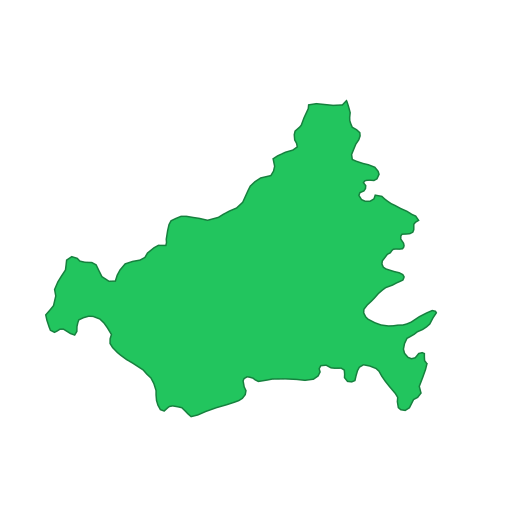 outline of Loyew, Gomel, Belarus, rotated 193°
{"feature_id": "67162791B2494752626310", "entity_name": "Loyew", "entity_type": "district", "adm_level": 2, "iso_a3": "BLR", "parent_name": "Belarus", "parent_adm1": "Gomel", "projection": "natural_earth1", "projection_center": [30.598, 51.937], "detail": "fine", "context": "isolated", "style": "filled", "palette": "green", "viewbox_px": 512, "rotation_deg": 193, "n_neighbors": 0, "source": "geoboundaries", "source_scale": "gbopen_adm2", "svg_char_len": 3851}
<svg xmlns="http://www.w3.org/2000/svg" viewBox="0 0 512 512"><g transform="rotate(193 256 256)"><path d="M283.1,84.9L277.0,88.0L270.0,93.2L260.5,99.3L251.1,104.5L243.8,108.9L240.3,111.2L237.3,114.2L235.3,118.5L235.5,122.5L238.1,125.8L239.5,129.1L240.5,131.4L240.1,133.8L237.5,136.3L235.1,136.5L231.4,136.3L229.1,135.2L225.5,134.3L221.0,136.1L216.9,137.8L212.4,139.8L207.0,141.1L199.7,142.9L188.6,144.9L180.3,145.9L172.3,148.9L168.5,153.1L167.5,157.4L169.1,160.4L168.2,163.7L163.1,165.4L157.7,163.9L153.9,164.4L147.8,165.9L144.3,164.7L143.0,160.6L142.4,157.4L138.6,154.4L134.4,154.9L131.6,156.9L131.6,161.9L131.3,167.2L130.3,170.9L126.8,174.2L120.4,174.4L113.7,173.4L110.2,171.4L106.4,167.2L101.7,162.9L96.3,158.6L89.3,153.4L86.1,150.1L85.5,145.9L83.2,140.3L80.4,138.8L75.9,139.1L72.4,142.6L71.4,146.6L70.2,151.6L66.7,154.6L64.4,159.6L64.5,159.7L67.6,165.7L66.3,174.9L65.3,183.5L65.2,189.5L65.3,189.5L68.2,192.0L69.2,195.4L70.0,198.8L72.3,199.2L75.5,197.6L76.8,194.9L78.0,192.6L81.4,190.9L85.1,191.4L89.4,194.6L91.4,198.4L91.6,204.1L90.4,209.7L87.7,212.1L84.3,215.3L81.8,218.4L77.1,221.9L73.9,225.3L71.4,228.8L69.6,235.7L67.5,241.2L68.7,242.5L72.0,242.5L76.9,238.9L83.2,233.6L86.5,230.1L90.0,226.4L93.8,223.7L97.5,221.7L102.0,220.6L106.7,218.8L111.2,217.6L116.5,217.1L118.7,216.9L125.2,217.7L132.6,219.6L135.4,221.3L138.3,224.8L138.9,228.3L136.6,233.3L133.4,238.0L131.1,241.8L128.3,247.0L125.0,251.5L122.5,254.4L116.4,258.4L113.0,261.4L109.9,263.7L107.5,265.6L107.0,268.2L107.1,269.1L108.8,270.9L112.7,271.9L117.7,271.9L121.6,272.2L126.5,272.6L129.4,273.7L131.5,276.5L131.8,279.7L130.2,283.2L128.4,287.2L125.9,289.3L124.8,292.0L123.7,293.5L121.2,294.3L117.7,295.0L114.9,296.0L114.1,297.8L114.1,299.4L115.1,301.6L118.8,305.1L119.4,308.2L118.6,310.1L114.3,311.3L111.1,312.4L108.6,314.5L108.2,317.1L108.6,319.0L109.4,322.4L108.2,324.8L105.6,327.3L109.4,330.8L113.5,331.6L119.0,333.5L125.7,334.8L131.9,336.5L136.1,337.4L140.2,339.0L143.5,340.5L146.8,342.4L153.5,342.1L153.9,338.2L157.2,335.0L161.9,333.9L165.9,334.7L169.4,338.2L169.0,341.1L165.5,343.7L164.5,346.3L164.9,349.2L167.8,351.6L166.9,353.7L165.3,354.6L162.2,355.5L158.1,356.1L155.5,358.4L154.5,363.3L156.1,366.0L160.2,369.2L167.1,370.2L172.4,370.2L179.8,370.9L183.9,371.7L185.7,376.4L184.8,382.1L183.9,387.5L182.0,392.4L181.6,396.4L182.6,399.5L186.3,401.6L191.2,403.1L193.5,406.3L195.1,409.0L195.9,412.1L196.5,416.8L198.1,419.9L199.8,423.0L202.4,427.3L202.8,427.7L205.8,422.6L214.7,420.1L231.4,418.0L238.7,415.1L238.2,411.4L240.3,401.4L241.3,393.6L242.4,391.5L246.0,386.5L246.0,382.8L244.4,377.8L241.8,374.9L240.3,371.6L243.9,367.5L250.7,363.7L257.5,358.4L261.2,354.6L258.0,347.6L258.0,342.6L259.6,337.7L269.0,333.1L273.7,328.2L277.3,322.8L278.4,318.3L281.0,305.4L285.7,298.4L291.9,293.9L297.2,289.3L301.3,285.2L311.2,279.9L319.6,279.9L325.9,279.4L332.7,279.0L337.9,277.8L342.6,274.5L346.7,271.2L347.8,267.1L347.8,260.9L347.2,252.2L346.2,248.9L346.2,246.0L353.5,244.4L357.2,241.1L362.4,234.5L363.9,229.6L368.1,225.9L374.9,223.0L381.7,218.9L385.3,211.9L386.9,206.1L387.4,199.9L393.6,198.3L401.5,201.2L406.2,206.9L409.8,211.4L414.5,212.7L421.3,211.4L426.5,211.4L429.7,213.5L435.4,213.9L439.6,209.4L439.0,204.4L438.5,199.5L441.1,192.5L443.2,186.3L444.7,178.1L442.1,172.0L442.1,162.1L444.7,156.8L447.6,151.3L445.3,146.4L441.6,140.3L439.6,137.4L435.2,136.3L433.2,137.9L430.5,140.6L427.1,141.4L419.3,138.7L414.9,138.2L413.6,142.2L414.6,147.0L414.6,151.0L414.3,153.9L410.2,157.1L405.5,159.7L401.1,160.5L394.0,159.5L389.0,156.5L384.6,152.6L379.2,147.0L379.5,142.5L378.5,137.9L375.1,134.5L369.4,130.8L365.6,128.9L358.9,126.0L352.1,123.9L340.3,119.6L335.9,116.4L330.9,113.5L326.8,108.7L323.1,102.4L322.1,98.1L320.4,92.8L318.0,88.6L314.6,84.8L310.6,84.3L307.5,88.8L306.5,89.9L303.5,91.2L298.4,91.5L294.1,91.5L289.7,88.8L287.0,87.0L283.1,84.9Z" fill="#22c55e" stroke="#15803d" stroke-width="1.5"/></g></svg>